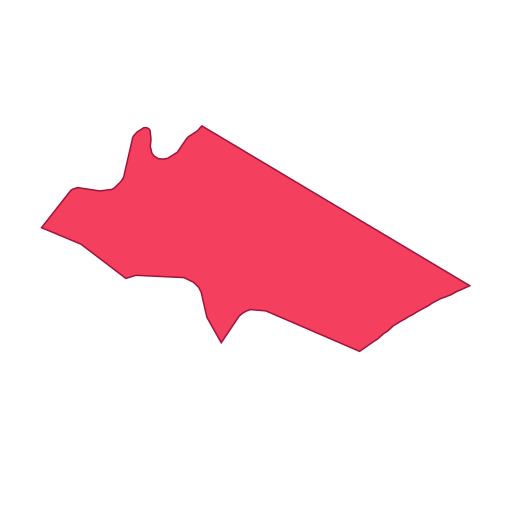 the border of Haringey, rotated 26°
{"feature_id": "GBR-2766", "entity_name": "Haringey", "entity_type": "London Borough", "adm_level": 1, "iso_a3": "GBR", "parent_name": "United Kingdom", "parent_adm1": "", "projection": "equal_earth", "projection_center": [-0.107, 51.584], "detail": "fine", "context": "isolated", "style": "filled", "palette": "rose", "viewbox_px": 512, "rotation_deg": 26, "n_neighbors": 0, "source": "natural_earth", "source_scale": "10m", "svg_char_len": 901}
<svg xmlns="http://www.w3.org/2000/svg" viewBox="0 0 512 512"><g transform="rotate(26 256 256)"><path d="M262.8,349.2L238.7,332.6L222.7,312.7L218.1,309.2L211.2,307.0L200.7,307.0L156.5,326.0L148.9,333.2L93.5,322.1L50.8,324.6L60.7,278.6L61.7,276.5L65.7,272.7L87.1,266.0L97.0,259.5L98.7,257.3L102.0,248.1L102.5,243.2L93.4,204.1L93.3,202.3L93.6,200.6L94.9,196.4L98.9,189.9L100.9,188.7L102.5,188.5L104.1,188.7L106.0,189.9L110.5,197.2L113.1,204.1L117.7,209.5L121.1,210.9L125.6,211.3L130.3,209.5L133.8,206.9L139.8,197.2L142.1,181.3L143.0,178.4L148.5,169.2L150.3,162.8L461.2,189.0L451.5,200.6L448.3,205.3L440.3,213.8L434.9,221.2L433.1,224.5L424.8,236.2L422.9,239.4L419.7,243.7L417.8,246.9L414.6,251.3L409.8,259.0L407.3,265.6L404.5,270.3L401.8,277.1L398.8,282.0L390.9,296.3L289.0,301.0L274.7,306.5L271.6,309.5L269.0,313.3L267.2,317.5L262.8,349.2Z" fill="#f43f5e" stroke="#9f1239" stroke-width="1.5"/></g></svg>